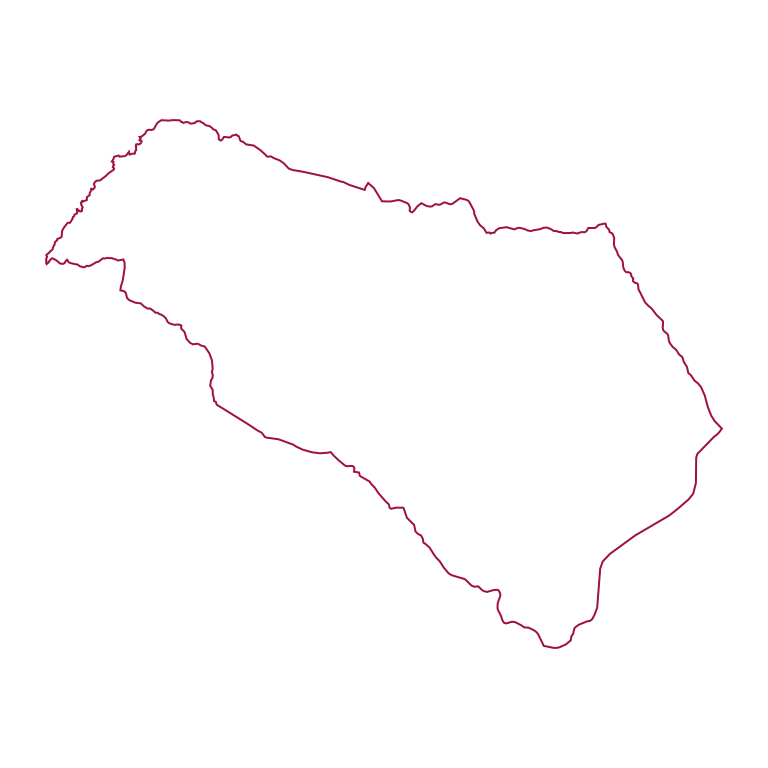 El Molino, La Guajira, Colombia (orthographic projection)
{"feature_id": "7082276B93784631738012", "entity_name": "El Molino", "entity_type": "district", "adm_level": 2, "iso_a3": "COL", "parent_name": "Colombia", "parent_adm1": "La Guajira", "projection": "orthographic", "projection_center": [-72.929, 10.627], "detail": "fine", "context": "isolated", "style": "outline", "palette": "rose", "viewbox_px": 768, "rotation_deg": 0, "n_neighbors": 0, "source": "geoboundaries", "source_scale": "gbopen_adm2", "svg_char_len": 6030}
<svg xmlns="http://www.w3.org/2000/svg" viewBox="0 0 768 768"><path d="M721.9,428.6L714.6,421.0L711.3,415.8L707.9,407.3L704.8,395.6L701.1,387.2L697.9,383.3L694.5,380.6L691.0,375.3L688.3,373.0L687.0,367.0L683.6,361.5L682.6,357.7L681.9,356.6L679.3,354.7L676.5,350.3L675.3,348.9L672.7,347.0L669.7,342.9L668.8,340.5L668.3,335.9L667.4,333.9L664.1,331.3L663.2,330.0L662.7,327.7L663.1,323.2L662.8,320.9L656.7,315.1L651.4,308.3L648.2,305.7L645.0,302.3L639.8,291.7L638.6,289.8L637.9,284.2L637.2,283.4L634.7,282.7L633.0,281.1L632.9,279.9L633.3,278.5L631.3,276.2L631.1,274.0L630.5,273.2L628.5,272.1L626.3,272.3L624.4,270.3L623.2,267.0L622.8,262.3L622.1,260.2L618.0,254.9L617.0,251.6L614.6,247.2L613.9,244.3L614.2,238.3L612.9,234.3L611.7,233.1L609.6,232.1L609.1,229.8L606.3,226.7L605.6,223.7L604.9,223.5L598.6,224.9L595.8,227.6L594.6,228.0L588.3,228.0L586.7,230.8L585.6,231.8L584.6,232.2L581.1,232.1L577.6,233.5L572.7,232.5L570.6,233.0L563.4,233.1L560.7,232.0L558.9,232.0L556.8,231.1L553.8,231.0L550.7,229.0L546.9,227.6L543.6,227.7L540.4,229.1L532.5,230.5L530.9,231.1L527.4,230.4L524.8,229.1L519.5,227.8L517.5,228.0L514.4,229.4L506.5,227.2L499.3,228.2L496.3,230.0L494.3,232.7L491.8,232.9L490.6,233.6L489.3,232.5L486.5,232.8L483.8,228.3L480.2,225.4L477.5,221.5L474.1,213.5L474.3,212.1L473.3,209.4L469.3,202.0L468.2,200.7L466.3,199.8L460.1,198.2L452.4,203.8L450.2,204.3L444.8,202.4L443.6,202.7L440.5,204.5L438.9,204.8L435.3,204.1L432.0,206.4L429.7,206.6L426.5,205.9L421.4,203.2L417.5,206.2L414.1,210.6L412.2,212.3L411.0,212.0L409.6,210.7L410.0,207.5L408.6,204.4L407.5,203.3L400.7,200.5L398.3,200.0L390.5,201.5L382.0,201.3L374.0,188.2L368.2,183.0L365.3,187.6L364.7,189.9L349.3,184.9L343.3,182.0L340.6,181.5L327.9,177.2L302.8,171.7L293.0,170.1L288.9,168.7L283.8,163.3L279.7,160.4L273.5,158.0L271.1,156.4L267.5,156.7L266.7,156.3L265.7,155.0L260.8,150.5L253.9,145.6L246.3,144.4L243.2,142.0L241.0,141.1L240.3,140.5L238.8,136.3L237.1,135.5L236.4,134.6L232.5,135.5L231.5,136.1L231.1,136.8L229.7,137.5L224.0,136.9L222.0,139.8L220.6,140.6L218.8,139.2L218.6,134.9L215.7,130.1L213.3,129.4L212.0,127.9L209.3,126.0L206.6,125.5L204.4,124.4L203.3,123.0L201.8,122.5L200.0,121.2L196.8,121.3L194.7,123.0L191.1,123.7L190.0,123.4L189.1,122.6L186.4,122.0L183.2,122.9L182.3,122.1L181.0,121.8L180.2,120.6L179.4,120.3L172.6,120.1L169.1,120.6L161.5,120.2L158.6,121.9L157.0,123.4L153.7,129.2L151.5,130.0L149.2,129.7L147.3,130.2L145.7,132.1L145.2,133.7L141.3,136.7L139.7,137.0L140.6,138.0L139.6,139.5L139.5,140.4L141.4,140.5L141.6,141.6L140.5,143.6L138.5,144.5L137.3,144.1L136.1,144.4L135.8,146.4L136.2,147.0L136.0,148.8L136.3,150.0L135.3,150.9L134.9,153.5L134.4,153.8L133.1,153.6L131.5,153.8L129.9,154.7L129.4,154.3L128.9,151.8L126.5,155.1L124.5,156.2L119.5,156.6L118.7,155.6L114.2,156.7L113.5,158.8L111.9,161.5L113.4,161.8L113.6,162.3L113.2,163.8L114.1,165.0L113.3,165.8L112.8,167.2L114.0,168.3L114.1,169.0L113.7,169.7L108.4,173.4L105.7,176.1L100.0,180.4L96.3,180.8L94.3,183.0L93.8,184.1L94.8,186.2L94.7,187.6L93.0,189.5L91.5,188.7L91.1,188.9L91.2,190.4L89.7,193.0L89.6,195.2L87.3,196.8L86.8,197.7L86.9,200.0L83.5,201.3L82.3,200.8L81.6,201.5L81.8,202.3L80.9,202.9L81.3,203.6L81.1,204.4L82.7,207.4L81.9,208.9L82.1,209.5L81.9,211.0L80.7,211.5L80.0,211.4L79.6,210.8L79.1,211.0L77.2,209.0L76.7,209.1L77.2,212.1L76.8,213.5L74.4,214.7L74.3,216.0L72.9,217.1L72.7,218.3L71.0,221.4L69.9,222.8L67.7,222.8L63.9,227.6L62.1,230.9L61.6,236.8L60.6,237.7L57.3,239.0L57.1,240.3L55.0,242.0L54.5,244.7L53.2,246.8L52.6,249.3L51.2,250.7L50.4,251.0L49.3,252.6L47.0,254.3L46.3,255.3L47.1,256.6L46.1,259.1L46.5,260.1L46.1,261.3L46.7,262.5L46.2,263.4L46.6,264.1L48.5,262.5L49.6,260.7L51.8,258.4L52.5,258.3L56.6,260.5L60.0,263.5L62.7,263.9L63.6,263.6L64.5,263.1L66.1,260.5L67.2,259.8L68.5,262.0L70.2,263.0L76.1,264.4L77.6,264.4L79.5,266.1L83.6,267.3L84.5,267.2L86.7,265.8L88.5,266.1L91.0,265.3L96.1,262.3L98.5,261.7L102.7,258.4L105.3,258.5L107.2,257.8L108.9,258.2L112.1,258.1L113.5,258.8L115.9,259.4L117.9,260.5L123.3,259.5L124.6,262.8L124.7,267.8L122.8,280.1L120.8,286.8L120.4,290.4L123.5,291.0L125.0,291.9L125.8,293.0L127.0,297.7L127.7,298.7L129.2,300.1L135.3,302.7L140.9,303.4L143.7,306.2L147.1,308.3L148.5,308.7L149.9,308.4L153.0,310.5L155.3,312.6L157.9,312.9L159.3,314.0L161.5,314.8L164.0,316.4L166.0,318.5L167.6,321.8L168.8,323.0L171.3,324.0L175.0,324.9L177.0,324.5L180.5,324.9L181.4,325.8L181.1,327.1L181.3,328.7L184.5,331.9L186.7,339.2L190.1,342.8L192.9,344.3L197.8,343.7L201.2,345.6L204.8,346.6L209.3,353.2L211.9,360.2L212.7,368.4L211.9,372.3L212.8,374.7L212.4,378.1L211.0,380.3L210.2,385.8L212.7,389.9L212.8,394.2L213.9,398.5L214.0,400.9L215.9,402.0L216.5,404.2L217.2,405.0L246.5,423.2L257.8,430.7L260.7,432.1L261.9,433.0L264.8,436.8L266.4,437.6L278.6,439.3L293.3,444.7L296.2,446.6L302.8,449.7L312.2,452.3L320.0,453.3L327.8,452.7L330.7,452.1L333.7,455.6L339.4,461.0L345.2,465.7L347.1,466.2L351.8,465.9L353.4,466.4L354.4,468.5L354.0,471.7L359.0,472.5L359.8,475.7L360.6,476.4L369.7,481.6L371.1,483.9L374.8,487.7L378.4,493.1L385.9,501.7L388.8,504.3L389.6,507.6L390.3,508.4L391.3,508.7L396.1,507.7L403.1,507.7L403.7,508.3L406.9,517.8L414.1,524.9L415.5,531.5L418.1,534.0L421.0,535.4L422.9,539.1L423.4,542.7L425.1,543.6L429.8,547.9L434.0,554.7L436.3,557.8L439.5,561.0L444.1,568.0L448.5,573.2L451.6,575.2L465.0,579.2L471.1,585.2L472.8,586.2L474.5,586.7L478.3,586.4L482.2,590.2L483.8,591.1L487.0,591.9L493.1,590.2L496.2,589.8L497.8,589.9L498.6,590.5L500.0,592.9L500.4,595.6L497.7,603.2L497.5,608.3L498.3,610.7L500.9,615.7L502.2,619.8L503.6,622.3L504.5,623.0L506.3,623.4L512.2,621.7L515.3,622.2L521.3,625.3L524.2,627.4L528.4,627.6L534.0,630.3L536.0,631.7L538.0,633.9L543.8,645.9L553.8,647.9L557.0,647.9L559.7,647.2L565.8,644.4L570.7,640.4L571.4,636.3L573.1,633.9L574.3,628.7L575.4,627.2L578.9,624.7L587.2,621.3L589.7,621.0L592.0,619.4L594.5,614.9L597.2,607.5L600.2,568.6L602.7,561.5L610.0,553.8L635.4,535.3L669.2,515.5L677.5,509.0L688.7,499.3L693.2,493.7L695.9,483.1L696.2,457.6L697.4,453.9L714.0,436.8L717.1,434.5L719.6,431.8L721.9,428.6Z" fill="none" stroke="#9f1239" stroke-width="2"/></svg>